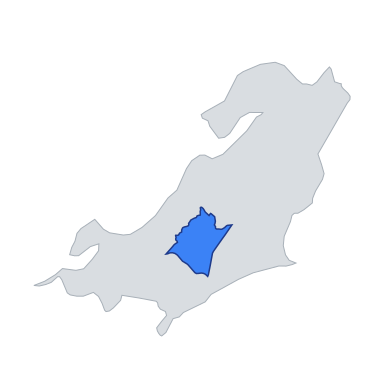 Costa Rica, with Cartago highlighted, rotated 100°
{"feature_id": "CRI-1327", "entity_name": "Cartago", "entity_type": "Province", "adm_level": 1, "iso_a3": "CRI", "parent_name": "Costa Rica", "parent_adm1": "", "projection": "albers", "projection_center": [-83.788, 9.802], "detail": "fine", "context": "in_parent", "style": "filled", "palette": "blue", "viewbox_px": 384, "rotation_deg": 100, "n_neighbors": 0, "source": "natural_earth", "source_scale": "10m", "svg_char_len": 3506}
<svg xmlns="http://www.w3.org/2000/svg" viewBox="0 0 384 384"><g transform="rotate(100 192 192)"><path d="M339.0,196.8L338.5,198.5L337.0,200.2L334.8,202.0L331.9,203.2L324.9,199.6L318.0,195.6L314.3,197.4L312.9,202.8L310.3,205.5L307.1,206.6L305.8,208.3L305.6,226.2L305.9,243.1L311.1,243.5L319.8,249.3L323.5,252.7L324.7,255.9L323.6,257.5L317.3,261.2L311.1,265.9L308.0,271.7L313.5,281.0L314.6,287.4L314.5,294.1L313.0,297.3L301.0,305.0L298.4,307.7L298.7,309.6L305.4,314.9L308.5,320.0L311.1,326.1L311.5,331.5L305.5,321.6L297.1,312.1L289.9,306.3L289.3,292.7L286.4,285.3L275.5,278.5L266.1,273.8L259.2,274.7L263.4,282.6L274.4,292.6L275.2,296.4L275.0,301.6L267.4,300.8L260.8,298.7L252.7,298.1L247.3,295.0L235.8,283.0L244.0,272.8L246.5,266.1L246.3,252.2L244.4,245.4L235.6,235.1L221.6,223.9L202.0,214.6L192.8,207.2L169.9,201.5L161.2,197.7L154.4,190.7L153.4,185.7L155.8,177.9L149.5,168.1L122.3,148.7L107.0,141.5L103.8,137.3L101.4,136.0L103.7,149.3L110.3,157.4L127.7,165.0L132.5,169.4L134.4,175.1L124.2,185.9L119.1,188.6L117.5,194.6L114.2,196.4L110.7,192.9L96.7,175.8L69.4,167.5L64.5,162.4L54.4,146.8L49.8,132.6L51.5,123.1L62.8,108.4L66.4,102.0L65.7,98.0L66.1,92.2L61.9,88.1L51.6,82.7L45.0,78.4L46.8,76.3L58.7,70.7L59.5,65.5L59.5,63.8L61.4,63.5L63.1,62.1L64.2,60.7L67.5,55.7L70.3,52.9L73.6,52.5L77.6,54.6L92.5,60.0L109.1,66.0L132.7,74.6L142.5,69.2L151.0,65.1L156.9,65.7L169.6,70.5L177.2,72.1L181.9,71.6L190.0,78.7L194.5,84.0L195.2,87.6L197.7,89.5L204.0,89.9L219.6,93.5L229.0,92.8L237.7,89.0L242.4,84.4L243.9,77.3L246.1,80.8L248.6,86.4L249.8,93.6L260.9,117.6L269.9,131.0L289.5,155.4L297.9,159.9L312.2,179.6L317.2,182.8L320.0,188.6L334.9,193.3L339.0,196.8Z" fill="#d9dde1" stroke="#a8b0b8" stroke-width="1"/><path d="M220.1,164.2L220.5,164.2L220.8,164.1L221.9,162.9L222.9,162.7L223.4,162.6L223.8,162.3L224.0,161.9L224.2,161.2L223.8,159.2L223.7,156.9L223.4,156.1L223.1,155.6L221.3,153.6L221.2,153.5L220.8,153.3L220.0,152.7L219.2,152.0L218.9,151.6L218.7,151.3L217.5,147.0L228.5,152.0L232.4,153.9L237.7,156.4L246.3,160.4L248.6,161.2L261.3,161.3L270.6,161.5L272.4,161.9L272.2,162.2L271.1,163.8L270.4,165.3L270.1,166.9L270.2,168.8L271.2,172.0L271.5,173.6L270.9,175.2L267.1,179.9L264.5,183.1L263.8,184.2L261.8,189.3L256.7,195.4L255.5,197.9L255.2,200.7L255.4,201.5L255.6,202.6L256.1,203.8L256.3,204.1L256.6,204.4L256.7,204.6L257.3,205.8L257.6,206.8L248.3,201.1L248.1,201.1L247.3,200.6L246.5,200.0L244.2,197.6L243.2,198.0L242.8,198.4L242.4,199.2L242.3,199.3L242.1,199.5L241.9,199.6L241.5,199.8L241.3,199.8L241.0,199.9L240.7,199.9L239.7,199.8L239.4,199.8L239.0,200.0L237.8,200.6L237.6,200.6L237.4,200.5L237.3,199.3L237.0,198.3L236.9,198.1L236.7,197.9L236.3,197.6L234.9,197.2L234.5,196.9L234.3,196.7L233.3,195.3L231.6,195.5L231.2,195.6L229.2,195.1L228.7,194.8L228.4,194.5L228.0,193.8L227.6,193.1L227.4,192.7L226.8,191.2L226.1,190.1L226.0,189.9L225.7,189.7L225.3,189.6L224.6,189.5L224.3,189.6L224.0,189.7L223.8,189.8L223.6,189.9L223.2,189.8L221.4,188.9L220.3,188.5L220.0,188.4L219.6,188.0L217.6,185.5L216.8,184.2L216.7,183.8L216.3,183.3L214.6,182.8L214.0,181.7L213.8,181.3L213.6,180.8L213.5,180.0L212.7,179.9L209.5,180.6L209.0,180.5L208.4,180.4L208.2,180.4L207.5,180.6L206.4,181.0L206.2,181.1L205.9,181.0L205.7,180.9L205.5,180.6L205.4,180.3L205.4,180.0L205.5,179.6L205.8,179.1L206.4,178.1L207.9,176.7L209.0,175.9L209.6,175.2L212.2,171.1L210.4,170.3L210.1,170.1L209.9,170.0L210.1,169.3L212.4,165.4L216.5,164.0L216.6,163.9L218.9,163.9L219.7,164.0L219.9,164.2L220.1,164.2Z" fill="#3b82f6" stroke="#1e3a8a" stroke-width="1.5"/></g></svg>